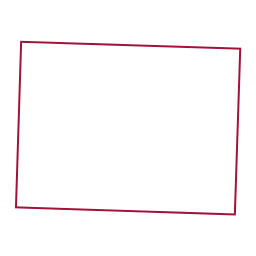 the district of Wapello, Iowa, United States of America, rotated 2°
{"feature_id": "52423323B35986324347111", "entity_name": "Wapello", "entity_type": "district", "adm_level": 2, "iso_a3": "USA", "parent_name": "United States of America", "parent_adm1": "Iowa", "projection": "mercator", "projection_center": [-92.439, 41.031], "detail": "fine", "context": "isolated", "style": "outline", "palette": "rose", "viewbox_px": 256, "rotation_deg": 2, "n_neighbors": 0, "source": "geoboundaries", "source_scale": "gbopen_adm2", "svg_char_len": 251}
<svg xmlns="http://www.w3.org/2000/svg" viewBox="0 0 256 256"><g transform="rotate(2 128 128)"><path d="M18.2,45.6L18.8,211.2L73.2,211.1L237.8,210.7L237.4,44.8L182.2,45.0L127.8,45.2L18.2,45.6Z" fill="none" stroke="#9f1239" stroke-width="2"/></g></svg>